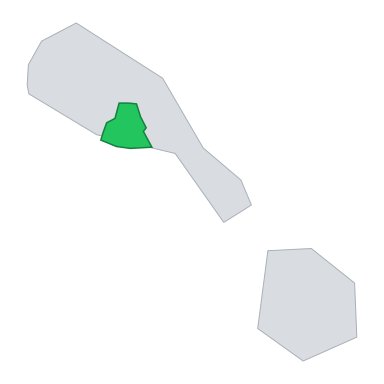 Trinity Palmetto Point on a map of Saint Kitts and Nevis (orthographic projection)
{"feature_id": "KNA-5112", "entity_name": "Trinity Palmetto Point", "entity_type": "Parish", "adm_level": 1, "iso_a3": "KNA", "parent_name": "Saint Kitts and Nevis", "parent_adm1": "", "projection": "orthographic", "projection_center": [-62.746, 17.311], "detail": "fine", "context": "in_parent", "style": "filled", "palette": "green", "viewbox_px": 384, "rotation_deg": 0, "n_neighbors": 0, "source": "natural_earth", "source_scale": "10m", "svg_char_len": 591}
<svg xmlns="http://www.w3.org/2000/svg" viewBox="0 0 384 384"><path d="M251.4,205.0L223.8,222.4L175.2,153.5L96.6,134.7L28.9,93.9L27.2,85.2L28.4,64.7L41.6,41.1L76.2,23.0L162.6,78.2L203.2,148.0L240.9,180.0L251.4,205.0ZM356.8,337.1L303.1,361.0L257.7,328.5L267.9,250.7L311.3,248.5L354.6,283.1L356.8,337.1Z" fill="#d9dde1" stroke="#a8b0b8" stroke-width="1"/><path d="M151.9,147.2L130.2,148.4L116.4,146.5L100.8,140.1L103.2,132.2L106.7,122.7L115.0,118.4L119.1,103.1L128.8,103.1L136.5,103.9L140.6,116.9L146.2,127.8L143.4,131.4L151.9,147.2Z" fill="#22c55e" stroke="#15803d" stroke-width="1.5"/></svg>